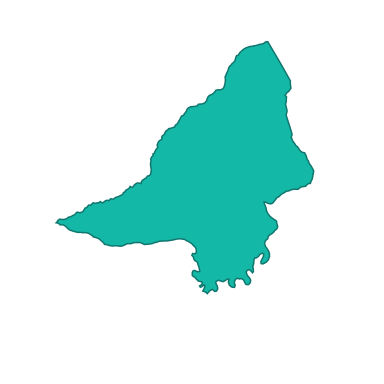 outline of Alto Taquari, Mato Grosso, Brazil, rotated 245°
{"feature_id": "56859067B17966611990253", "entity_name": "Alto Taquari", "entity_type": "district", "adm_level": 2, "iso_a3": "BRA", "parent_name": "Brazil", "parent_adm1": "Mato Grosso", "projection": "robinson", "projection_center": [-53.322, -17.773], "detail": "fine", "context": "isolated", "style": "filled", "palette": "teal", "viewbox_px": 384, "rotation_deg": 245, "n_neighbors": 0, "source": "geoboundaries", "source_scale": "gbopen_adm2", "svg_char_len": 5235}
<svg xmlns="http://www.w3.org/2000/svg" viewBox="0 0 384 384"><g transform="rotate(245 192 192)"><path d="M223.4,311.0L224.9,312.2L226.2,312.7L232.2,313.9L234.2,315.7L236.3,316.7L238.3,317.9L240.2,317.2L240.9,318.4L241.8,319.6L242.3,322.2L243.5,324.2L244.2,325.5L248.4,326.8L251.1,328.1L259.6,327.5L261.9,327.3L271.1,326.6L296.2,324.2L296.9,322.2L296.3,319.2L296.7,317.3L297.3,315.4L297.4,313.6L297.8,311.6L298.3,309.9L298.7,307.8L299.3,306.3L299.5,304.7L299.7,303.2L299.8,301.3L299.5,298.6L298.8,296.5L298.2,294.4L297.4,293.2L296.5,291.8L296.7,290.1L295.6,288.7L294.2,287.6L292.5,285.9L291.8,284.1L291.4,282.5L290.5,280.9L289.8,278.7L288.4,277.2L287.3,276.4L286.2,275.1L285.0,273.6L283.5,272.0L282.3,270.6L280.6,270.1L279.0,269.4L276.2,267.7L274.9,266.5L273.4,265.3L272.5,263.4L272.5,260.9L273.7,258.7L274.1,256.6L272.9,254.6L272.4,253.1L272.0,251.1L272.2,248.7L271.4,246.6L270.4,245.4L269.1,244.3L268.2,243.3L267.4,241.0L267.5,238.4L268.2,236.8L268.8,234.9L267.9,232.9L268.2,231.2L268.8,229.6L269.8,226.9L269.8,224.3L268.8,222.2L267.6,221.0L266.7,219.4L266.0,217.8L265.0,216.9L265.3,215.1L264.6,213.6L263.3,212.2L262.2,210.5L261.3,209.3L260.1,207.6L259.5,205.0L258.2,203.8L258.5,201.9L258.7,199.7L259.3,197.7L258.5,196.1L258.4,194.4L257.2,192.6L255.9,191.2L255.4,188.7L254.4,187.6L252.6,187.1L252.3,184.9L251.9,183.1L250.7,181.7L249.1,180.1L247.5,180.2L246.5,179.0L245.9,177.7L244.8,176.1L243.1,174.2L242.9,172.6L241.4,172.1L240.8,170.3L239.4,168.5L237.6,168.1L235.9,166.8L234.5,166.0L232.6,165.4L229.8,164.7L227.9,163.5L226.6,162.8L225.4,161.8L225.0,160.0L225.2,158.2L224.2,156.4L223.9,153.9L223.5,151.9L222.7,150.5L221.2,149.5L222.3,148.0L223.2,146.5L223.3,144.9L222.7,142.6L221.4,140.7L222.0,139.1L223.2,138.3L222.2,137.2L221.8,135.6L221.6,133.8L221.5,132.4L220.4,131.3L220.5,129.6L219.2,128.3L219.0,126.3L219.0,124.4L218.9,122.9L219.3,121.4L219.2,119.4L218.7,118.0L219.3,116.6L220.3,115.5L219.3,113.5L220.2,111.8L220.7,110.2L220.3,108.5L219.9,106.1L222.1,104.8L221.7,102.3L222.4,101.1L222.6,99.4L224.0,97.9L223.6,96.4L222.8,94.6L223.8,93.0L223.3,91.6L222.4,90.1L222.6,88.3L221.4,86.5L220.2,84.5L220.6,81.5L221.9,80.1L222.3,78.6L221.4,77.3L221.0,75.7L221.1,73.7L220.8,71.5L221.4,69.5L220.9,67.6L220.8,66.1L221.5,63.6L222.2,62.3L223.3,60.7L223.0,58.6L222.0,57.2L221.5,55.9L220.1,57.8L217.9,58.6L217.2,60.7L215.7,62.1L214.0,63.1L212.1,63.7L209.5,64.9L207.1,67.3L205.2,69.5L203.7,71.4L202.6,73.8L201.4,75.6L200.6,77.4L199.5,79.4L198.0,81.0L194.4,83.3L193.1,83.5L191.7,85.3L189.9,87.1L188.6,88.1L185.4,89.5L183.4,90.4L181.5,90.5L180.5,92.3L178.7,94.1L177.4,96.0L176.6,97.2L175.4,100.5L173.5,103.5L172.8,105.0L172.4,107.6L172.6,110.8L172.2,112.2L171.0,114.7L170.7,117.7L169.7,120.2L169.0,121.7L168.4,123.2L166.8,124.9L164.6,126.6L163.0,130.9L162.0,134.4L162.0,136.4L161.4,138.6L161.2,141.5L160.3,143.7L159.5,146.0L158.6,147.7L157.8,149.9L157.5,151.3L157.0,152.7L156.5,154.8L155.9,157.8L155.3,159.9L153.9,162.7L152.8,164.2L151.8,165.7L150.4,166.2L148.9,167.7L145.2,170.0L142.8,170.7L140.7,171.6L138.7,171.7L136.8,171.0L134.8,169.8L135.0,168.2L136.0,166.5L134.6,165.1L132.5,165.8L131.0,165.4L129.1,165.4L126.1,167.2L123.5,166.7L121.2,166.6L119.2,166.1L117.0,165.6L117.0,163.8L120.0,161.0L120.0,159.3L118.7,158.1L116.3,157.0L115.0,157.4L113.5,158.6L111.1,159.2L108.6,160.1L107.4,161.7L106.0,163.1L104.1,162.1L103.7,159.2L102.2,159.3L102.0,160.9L102.8,163.6L101.2,163.9L99.1,161.9L97.6,159.9L96.0,161.7L94.9,162.3L93.4,162.9L94.5,165.2L95.1,167.2L95.1,169.4L92.2,170.6L91.8,172.4L93.4,174.4L94.8,174.9L96.2,175.1L98.1,175.1L99.7,175.1L100.7,176.0L100.9,178.6L99.5,180.1L98.4,181.1L97.5,182.8L98.1,187.4L97.3,188.6L95.0,186.9L91.8,186.5L90.3,187.1L88.9,188.0L87.6,190.2L89.3,191.8L91.1,191.8L93.0,192.7L94.5,194.6L94.7,196.5L93.0,198.4L92.8,200.1L90.5,201.6L86.6,201.6L85.1,202.1L84.2,204.4L85.3,206.6L87.4,207.9L89.5,207.9L92.5,207.0L94.3,206.9L96.8,207.4L97.8,209.3L97.3,211.2L95.4,212.1L93.2,212.7L93.9,214.0L96.6,215.1L98.6,215.5L101.1,217.7L102.8,218.6L104.7,219.8L105.6,221.0L105.1,222.6L105.6,225.2L106.7,227.0L106.9,228.7L106.5,230.3L105.3,230.7L103.8,229.7L102.8,228.8L100.8,226.1L99.4,224.8L97.9,224.4L96.9,225.8L96.9,227.8L97.1,230.0L98.4,232.7L100.9,235.0L103.3,236.1L104.9,236.4L106.5,236.4L107.8,236.3L111.0,235.7L112.6,235.7L114.5,236.0L116.0,237.0L117.0,238.5L117.6,240.8L119.1,242.0L120.0,243.1L120.4,246.1L120.7,247.8L121.3,249.3L122.1,250.8L122.5,252.8L123.6,254.4L124.9,255.2L127.4,255.5L129.9,256.3L134.1,253.8L136.9,252.4L140.4,251.6L142.8,251.6L144.5,251.8L146.3,252.4L148.2,252.5L150.8,252.7L152.5,253.1L151.7,254.5L150.3,255.5L149.1,256.6L147.9,258.5L147.9,260.6L149.2,263.2L149.9,264.8L150.9,266.1L151.0,268.7L151.7,270.6L152.3,272.6L152.4,275.1L152.8,278.0L152.1,280.3L152.1,282.7L151.6,285.0L151.2,286.4L150.3,287.8L149.7,289.4L150.1,290.9L150.5,292.9L149.9,295.1L149.2,297.3L150.0,299.1L150.4,301.5L149.7,302.9L151.4,304.4L153.0,306.5L159.2,310.9L160.5,311.3L162.7,311.1L165.0,311.0L166.8,310.6L168.6,310.3L170.8,310.6L172.2,310.3L173.7,310.3L175.5,310.6L177.2,310.8L180.0,310.6L181.4,308.6L184.3,307.2L186.5,307.1L188.4,306.7L190.7,305.6L192.7,305.5L196.0,304.8L197.5,305.0L199.9,305.1L201.3,306.7L202.6,307.2L207.3,307.9L221.9,309.8L223.4,311.0Z" fill="#14b8a6" stroke="#0f766e" stroke-width="1.5"/></g></svg>